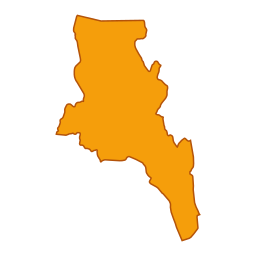 the border of Catamarca
{"feature_id": "ARG-1300", "entity_name": "Catamarca", "entity_type": "Province", "adm_level": 1, "iso_a3": "ARG", "parent_name": "Argentina", "parent_adm1": "", "projection": "equal_earth", "projection_center": [-67.01, -27.65], "detail": "fine", "context": "isolated", "style": "filled", "palette": "amber", "viewbox_px": 256, "rotation_deg": 0, "n_neighbors": 0, "source": "natural_earth", "source_scale": "10m", "svg_char_len": 5638}
<svg xmlns="http://www.w3.org/2000/svg" viewBox="0 0 256 256"><path d="M83.2,101.3L83.4,101.3L83.5,100.9L83.4,99.8L83.4,99.2L83.6,98.4L84.2,96.7L84.3,95.9L84.2,94.6L83.7,93.3L77.2,82.4L76.0,80.6L75.2,78.8L74.6,76.9L74.3,74.6L74.3,71.0L74.5,69.1L74.9,67.6L75.9,66.0L80.2,61.9L80.6,60.3L80.3,58.0L77.9,46.3L77.4,42.6L77.1,41.4L76.6,40.3L76.0,39.5L75.3,38.4L75.3,37.1L75.3,35.9L75.0,34.9L75.5,34.2L75.1,33.3L73.8,31.4L73.6,30.6L73.6,29.7L73.7,28.0L76.7,16.4L77.4,15.4L77.8,15.5L101.0,21.0L142.2,20.4L143.3,20.4L143.6,20.5L143.8,20.6L143.9,20.8L144.1,21.2L144.4,22.0L144.5,22.5L144.8,25.9L144.8,26.2L145.0,26.6L145.0,26.8L145.5,27.7L146.1,28.6L146.5,29.3L146.6,29.8L146.7,30.0L146.7,30.4L146.6,30.8L145.8,34.4L145.8,34.8L145.8,35.3L145.9,35.6L145.8,35.9L145.7,36.2L145.2,36.9L143.5,38.4L143.2,38.5L142.6,38.7L141.2,38.6L139.8,38.9L137.6,38.9L137.2,39.0L136.4,39.9L135.9,40.5L135.7,40.6L135.4,40.9L135.2,41.2L135.0,41.4L135.0,41.7L134.9,42.1L134.8,43.3L134.8,45.2L135.3,47.3L136.0,48.9L138.8,54.0L141.5,58.2L142.0,60.2L142.3,60.7L143.2,61.8L144.4,65.6L145.1,66.6L147.3,69.6L148.3,70.9L148.6,71.2L148.8,71.3L149.0,71.4L149.5,71.4L150.1,71.0L150.3,70.7L150.4,70.4L151.9,65.8L152.3,64.9L152.6,64.6L153.7,63.9L154.3,62.3L154.6,61.9L155.0,61.5L155.5,61.3L156.1,61.2L156.7,61.3L157.3,61.5L157.7,61.9L158.5,63.2L159.3,64.4L160.8,65.3L160.5,66.3L160.3,66.6L159.9,67.1L159.4,67.8L159.2,68.4L159.1,69.3L159.1,70.0L159.0,71.0L158.7,72.3L157.9,74.2L157.3,76.4L157.2,77.1L157.2,77.6L157.4,78.2L157.9,79.2L158.5,79.6L159.2,79.8L159.9,79.9L160.8,80.3L161.5,80.7L162.0,81.1L163.2,82.5L165.4,84.7L166.9,85.6L167.0,85.7L167.2,85.9L167.4,86.2L167.5,86.7L167.6,87.0L167.6,87.4L167.6,88.0L167.6,88.4L167.0,91.0L167.0,91.6L167.0,94.2L167.0,94.7L166.9,95.4L166.5,96.5L165.5,98.4L163.2,101.2L162.0,102.7L161.2,103.9L160.5,105.3L160.4,105.9L160.3,106.4L160.2,106.6L160.0,107.0L159.3,107.9L158.5,108.6L157.5,110.0L156.9,111.7L156.0,113.3L155.9,113.5L156.0,114.0L156.3,114.2L157.0,114.6L157.7,114.8L158.8,114.9L159.2,115.1L161.6,116.8L162.6,116.9L162.8,117.0L163.1,117.1L163.2,117.4L163.2,117.7L162.9,118.7L164.0,125.4L164.5,126.5L164.7,128.4L164.8,128.9L164.9,129.2L165.1,129.5L165.6,130.0L165.9,130.3L166.3,130.6L166.5,130.8L166.7,131.3L167.2,133.1L167.3,134.0L167.4,134.6L167.6,135.0L167.8,135.2L168.4,135.7L169.3,135.5L169.7,135.2L170.0,135.0L170.6,135.0L172.1,135.9L172.4,136.3L172.6,136.6L172.9,137.9L173.2,140.3L173.7,142.0L174.0,142.6L176.9,146.8L177.3,147.0L177.5,146.6L178.3,144.5L178.3,144.4L179.2,143.0L179.4,142.8L180.5,141.7L181.6,140.4L184.4,138.3L184.6,138.3L184.9,138.4L185.5,138.7L185.9,139.1L186.6,139.9L187.3,140.4L188.0,140.9L188.5,141.1L188.9,141.1L189.5,141.0L190.5,140.4L193.4,156.9L193.6,163.6L193.4,166.2L193.0,167.4L192.5,168.0L191.7,169.1L191.3,169.9L190.9,171.0L190.6,171.2L190.1,171.5L190.0,171.8L189.9,172.0L189.9,173.6L190.0,173.8L190.0,174.0L190.4,174.2L191.8,175.1L192.5,175.8L192.6,176.1L192.7,176.4L192.8,177.0L193.4,185.9L193.2,189.6L194.6,202.7L196.0,206.8L198.2,211.4L198.5,212.3L198.6,212.5L198.9,213.4L199.7,214.6L197.3,215.5L197.0,217.0L197.9,227.3L197.9,228.2L197.5,228.9L193.9,233.7L190.9,237.2L189.2,238.3L182.1,240.6L176.5,227.3L175.3,223.3L173.3,218.1L171.2,212.1L170.9,210.4L170.5,207.7L170.4,207.1L170.5,206.3L170.5,204.2L170.4,203.7L170.2,203.0L169.2,200.8L163.2,193.8L162.9,193.6L162.2,193.2L158.1,188.2L156.6,187.0L151.0,183.9L150.3,183.4L150.0,183.0L149.5,182.2L149.5,181.7L149.5,181.3L149.8,180.8L150.0,180.4L150.2,180.0L150.9,178.8L151.0,178.6L151.0,178.3L150.9,177.9L150.9,177.7L150.4,177.3L149.7,176.9L148.9,176.2L147.8,175.0L146.6,173.0L146.3,172.2L145.9,168.6L145.6,167.0L145.5,166.8L145.3,166.6L145.1,166.2L144.8,165.6L143.7,164.5L142.6,162.8L136.0,159.4L129.4,156.6L128.3,156.6L127.5,157.1L127.1,157.3L126.9,157.5L126.7,157.8L126.6,158.0L126.5,158.3L126.4,158.5L125.8,159.4L125.5,159.7L125.2,159.9L124.8,160.1L122.2,160.6L119.8,160.7L104.8,159.8L102.7,160.5L102.1,160.8L101.3,161.7L100.7,161.8L100.4,161.2L100.3,160.8L100.2,160.1L100.1,159.9L100.1,159.7L99.8,159.3L99.3,158.6L97.8,156.0L97.7,155.8L97.3,154.2L97.2,152.4L97.1,151.8L97.1,151.5L97.2,150.6L97.2,150.3L97.1,150.1L96.8,150.0L96.5,149.8L96.0,149.9L95.8,150.0L95.2,150.3L94.9,150.4L94.4,150.4L94.2,150.4L93.6,150.6L93.0,151.1L92.3,151.4L91.9,151.5L91.7,151.5L91.3,151.3L90.9,150.9L90.5,150.4L90.4,150.2L90.1,149.7L89.8,149.4L89.6,149.3L89.3,149.1L87.8,148.6L87.0,148.4L85.9,148.5L85.7,148.5L85.4,148.4L85.1,148.2L84.8,147.9L84.4,147.4L84.1,146.6L83.6,146.0L83.3,145.7L83.0,145.4L82.7,145.3L82.4,145.2L81.9,145.1L81.2,145.1L80.8,145.1L80.6,145.1L80.3,145.0L79.9,144.6L79.7,144.1L79.6,143.8L79.6,143.6L79.7,143.0L80.1,140.7L80.2,140.4L80.2,140.2L80.2,139.9L80.1,139.7L79.7,138.9L79.7,138.7L79.6,138.3L79.6,137.8L79.6,137.2L79.6,136.9L80.2,134.8L80.2,134.2L80.2,133.9L80.2,133.7L80.1,133.2L79.7,132.9L79.4,132.8L77.8,132.6L77.5,132.7L77.1,132.8L76.7,133.2L76.4,133.5L76.1,133.8L76.0,134.0L75.5,134.2L75.2,134.2L74.9,134.2L74.4,134.1L74.1,134.0L73.3,133.4L73.1,133.3L72.8,133.3L72.5,133.3L71.6,133.6L69.2,133.9L68.9,134.0L68.2,134.4L66.0,135.2L56.8,134.3L56.3,134.2L56.7,132.5L56.9,132.0L57.2,131.7L58.1,131.1L58.3,130.8L58.1,130.1L57.9,129.6L57.7,129.0L57.7,128.3L57.9,127.8L58.7,126.9L59.0,126.4L59.8,124.2L60.2,123.0L60.3,121.9L60.1,121.3L60.1,120.7L60.2,120.1L60.4,119.6L61.0,119.1L62.2,118.3L62.7,117.8L63.1,117.2L64.7,112.6L64.8,111.9L64.8,110.1L64.8,109.3L65.1,108.2L66.5,105.4L67.0,104.7L67.4,104.4L68.7,104.0L70.2,104.1L71.5,105.0L72.6,106.1L73.9,106.8L74.8,106.6L75.1,106.0L75.3,105.1L75.7,104.1L76.3,103.3L77.0,102.7L77.8,102.4L79.6,102.3L80.3,102.1L81.8,101.3L82.2,101.2L83.2,101.3Z" fill="#f59e0b" stroke="#b45309" stroke-width="1.5"/></svg>